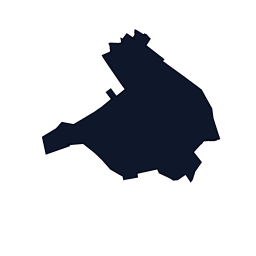 Lusaka, Lusaka, Zambia, rotated 145°
{"feature_id": "96606910B10621059217070", "entity_name": "Lusaka", "entity_type": "district", "adm_level": 2, "iso_a3": "ZMB", "parent_name": "Zambia", "parent_adm1": "Lusaka", "projection": "robinson", "projection_center": [28.258, -15.427], "detail": "fine", "context": "isolated", "style": "filled", "palette": "ink", "viewbox_px": 256, "rotation_deg": 145, "n_neighbors": 0, "source": "geoboundaries", "source_scale": "gbopen_adm2", "svg_char_len": 3092}
<svg xmlns="http://www.w3.org/2000/svg" viewBox="0 0 256 256"><g transform="rotate(145 128 128)"><path d="M59.2,66.9L58.6,69.1L57.2,74.0L57.0,74.5L53.0,87.3L48.5,95.9L48.2,99.1L46.3,117.1L46.8,118.6L48.4,123.7L49.7,127.5L50.3,129.5L50.5,129.8L51.7,133.5L54.5,141.9L55.7,145.3L56.1,146.4L59.2,155.3L59.9,157.4L61.9,163.3L59.6,163.8L60.0,165.3L61.2,168.9L64.1,178.4L65.9,184.3L66.3,185.5L58.9,188.5L59.2,189.4L59.2,190.1L59.4,191.1L59.5,192.3L59.6,192.9L59.6,193.3L59.7,193.8L59.9,194.3L60.7,194.6L60.7,195.3L62.1,195.1L62.2,195.3L62.2,195.7L62.6,196.5L63.9,199.6L64.9,201.9L65.9,204.0L66.2,203.8L66.3,203.7L66.5,203.5L66.6,203.3L66.7,203.2L66.9,203.0L66.9,202.8L66.9,202.6L67.2,202.5L67.4,202.4L67.5,202.2L67.7,201.7L67.5,201.2L67.9,201.1L68.2,200.8L68.6,200.3L68.8,200.2L69.0,200.0L69.4,199.8L69.6,199.6L70.2,199.4L70.6,199.4L70.7,199.2L70.9,199.1L71.2,198.8L71.5,198.5L71.8,198.2L72.0,197.7L73.4,201.2L75.1,205.6L81.5,203.5L82.3,205.0L84.0,201.2L85.7,201.8L87.3,202.4L94.2,207.7L95.0,207.7L95.2,206.1L95.9,204.4L96.8,203.2L97.0,202.9L97.2,201.8L97.3,201.6L97.6,201.4L97.9,201.1L98.3,200.8L98.7,200.1L106.8,201.8L107.2,201.9L107.5,199.5L107.7,189.6L107.9,168.4L107.7,161.0L109.3,160.9L111.1,160.8L114.3,160.6L117.7,160.4L119.6,160.3L119.8,163.9L119.9,169.7L122.5,169.6L125.0,169.5L124.8,163.5L124.7,160.9L137.2,159.9L146.5,159.9L170.7,161.7L173.7,164.8L179.0,170.2L179.6,170.1L187.2,168.3L203.1,169.4L208.5,156.6L209.7,153.8L186.4,147.3L186.6,148.9L173.3,141.2L172.0,136.8L170.1,130.4L169.4,128.2L169.1,127.2L167.1,117.1L166.4,111.2L166.0,107.9L165.7,104.5L162.0,96.5L161.5,95.4L160.9,94.3L160.9,94.2L160.5,93.4L159.8,91.9L159.7,91.8L159.4,91.5L159.7,90.5L159.8,90.4L160.1,89.9L160.8,88.3L160.7,88.3L148.5,82.6L146.8,86.0L146.1,85.7L144.1,84.9L127.0,77.7L127.9,73.3L125.6,69.4L124.4,67.3L123.0,64.9L121.2,61.3L120.7,59.6L116.9,57.4L115.0,57.4L108.4,57.3L107.0,57.3L107.2,48.3L105.0,49.1L102.2,51.3L99.9,53.0L98.7,54.0L97.6,54.6L96.9,54.8L87.8,58.1L87.9,59.8L88.5,69.8L88.6,70.9L87.9,71.1L77.8,73.4L77.0,73.2L75.9,73.5L75.1,74.0L74.9,74.1L74.7,74.2L74.6,74.3L74.2,74.3L74.1,74.2L73.9,74.1L73.7,74.1L73.6,74.3L73.4,74.3L73.4,74.2L73.1,74.3L72.9,74.2L72.7,74.1L72.5,73.9L72.4,73.8L72.2,73.9L72.1,73.7L71.8,73.6L71.7,73.6L71.6,73.4L71.4,73.5L71.3,73.4L71.2,73.2L71.2,72.9L70.9,72.8L70.7,72.8L70.6,72.7L70.2,72.5L70.1,72.4L69.9,72.5L69.9,72.4L69.8,72.2L69.7,72.1L69.3,72.2L69.2,72.1L69.1,71.9L68.9,71.9L68.7,71.8L68.6,71.7L68.5,71.4L68.4,71.4L68.3,71.2L68.2,71.3L67.9,71.4L67.8,71.2L67.7,71.1L67.6,70.9L67.6,70.7L67.4,70.5L67.3,70.4L67.2,70.3L67.1,70.1L66.9,70.0L66.7,70.0L66.7,69.9L66.6,69.7L66.0,69.5L65.9,69.5L65.8,69.4L65.7,69.4L65.4,69.4L65.3,69.2L65.1,69.2L64.9,69.1L64.9,68.8L64.7,68.8L64.6,68.7L64.5,68.4L64.2,68.4L64.0,68.5L63.9,68.5L63.8,68.4L63.7,68.2L63.4,68.1L63.2,68.0L63.2,67.9L62.9,67.8L62.9,68.0L62.7,68.1L62.7,68.3L62.4,68.2L62.2,68.0L62.2,67.9L61.9,67.8L61.7,67.8L61.5,68.0L61.4,68.0L61.2,67.9L61.2,67.7L60.9,67.8L60.8,67.7L60.7,67.7L60.4,67.6L60.3,67.2L60.2,67.2L59.6,67.2L59.4,67.1L59.4,66.9L59.2,66.9L59.2,66.9Z" fill="#0f172a" stroke="#020617" stroke-width="1.5"/></g></svg>